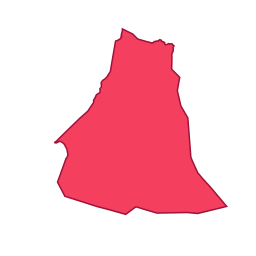 Cagaanxairxan, Uvs, Mongolia, rotated 348°
{"feature_id": "93677404B56626130004498", "entity_name": "Cagaanxairxan", "entity_type": "district", "adm_level": 2, "iso_a3": "MNG", "parent_name": "Mongolia", "parent_adm1": "Uvs", "projection": "robinson", "projection_center": [94.224, 49.176], "detail": "fine", "context": "isolated", "style": "filled", "palette": "rose", "viewbox_px": 256, "rotation_deg": 348, "n_neighbors": 0, "source": "geoboundaries", "source_scale": "gbopen_adm2", "svg_char_len": 3646}
<svg xmlns="http://www.w3.org/2000/svg" viewBox="0 0 256 256"><g transform="rotate(348 128 128)"><path d="M143.1,29.9L142.9,30.5L142.9,30.8L142.8,31.4L142.7,31.6L142.6,31.8L142.5,32.1L142.3,32.4L142.1,33.0L141.7,33.7L141.1,34.9L140.9,35.3L140.8,35.5L140.7,35.8L140.7,36.1L140.9,36.3L141.0,36.5L140.9,36.9L140.7,37.0L140.2,37.1L140.1,37.4L140.1,37.6L140.3,37.7L140.4,37.9L140.3,38.0L140.2,38.3L139.9,38.5L139.6,38.6L139.4,38.8L139.2,38.9L139.0,39.1L138.8,39.3L138.5,39.3L138.2,39.5L137.9,39.4L137.7,39.4L137.5,39.5L137.3,39.6L137.0,40.0L136.6,40.1L136.2,40.1L135.8,40.1L135.3,40.2L134.9,40.2L134.4,40.2L133.9,40.4L125.8,60.6L122.5,69.0L117.8,73.8L117.7,74.0L117.3,74.3L116.8,74.5L116.4,74.6L116.2,74.8L115.7,75.2L115.2,75.4L114.6,75.6L114.1,75.8L113.5,76.0L112.1,77.0L111.1,78.3L110.9,78.9L110.9,79.5L111.0,80.2L110.8,80.7L110.7,81.3L110.5,82.0L110.4,82.4L109.9,82.9L109.4,83.2L108.6,83.9L108.6,84.6L108.6,85.0L108.6,85.5L108.2,86.3L108.1,86.8L108.0,87.2L108.0,87.3L107.8,87.5L107.5,87.7L107.1,87.8L106.4,88.0L105.2,88.4L104.8,88.7L104.3,88.8L103.8,89.2L103.4,89.6L103.2,90.2L102.9,90.5L102.5,90.9L102.3,91.4L101.8,91.8L101.7,92.2L101.5,92.5L101.1,92.7L100.6,93.0L100.3,93.4L100.1,93.6L99.9,94.4L99.9,94.6L99.9,95.0L99.8,95.5L99.1,96.5L92.1,103.2L82.6,108.6L66.9,118.5L60.1,122.8L55.1,126.1L55.3,126.2L55.4,126.3L55.3,126.6L55.2,126.7L55.1,126.8L54.9,126.6L54.6,126.4L54.4,126.4L54.1,126.4L53.7,126.6L53.3,126.9L53.3,127.0L53.5,127.3L53.8,127.4L54.2,127.5L54.5,127.6L54.8,127.7L55.2,127.6L55.7,127.5L56.5,127.3L57.0,127.1L57.5,127.0L58.0,127.0L58.3,126.9L58.6,126.9L59.1,127.1L59.4,127.3L59.9,127.7L60.3,128.1L60.8,128.6L61.3,129.2L61.7,129.8L62.3,130.6L62.6,131.4L62.7,132.0L62.9,132.8L63.1,133.5L63.4,134.3L63.8,136.0L63.8,137.0L63.8,137.7L63.7,138.1L63.8,138.6L63.7,139.2L63.7,139.5L63.8,139.7L63.9,140.1L63.8,140.6L63.7,141.2L63.7,141.4L63.5,141.7L63.4,142.0L63.2,142.4L63.1,142.8L62.9,143.1L62.6,143.6L62.3,144.0L62.0,144.3L61.7,144.5L61.2,144.7L54.6,155.4L47.8,166.3L52.1,181.7L81.8,198.6L93.0,204.2L107.8,212.0L119.3,206.7L138.5,217.2L168.4,223.0L178.4,226.1L208.2,225.2L196.5,203.3L190.5,193.1L186.9,186.3L184.2,174.1L183.4,169.7L187.3,140.5L188.6,130.5L184.3,117.5L184.0,101.7L189.1,89.2L182.9,79.6L184.8,71.8L185.6,68.2L185.8,67.4L185.9,66.7L185.9,66.3L186.0,65.8L186.2,65.1L186.5,64.6L186.7,64.2L186.9,63.7L187.8,62.8L188.0,62.4L188.3,61.6L188.3,61.4L188.5,60.9L188.6,60.5L188.6,60.2L188.8,59.9L188.7,59.7L188.7,59.4L188.8,58.9L188.8,58.7L189.0,58.4L189.3,58.1L189.5,57.8L189.8,57.6L190.0,57.3L190.1,57.2L190.1,56.9L189.7,56.6L189.5,56.4L189.3,56.3L189.1,56.1L189.0,55.9L188.9,55.7L188.9,55.4L188.8,55.1L188.5,54.8L188.3,54.7L187.9,54.7L187.7,54.6L187.4,54.6L187.1,54.6L186.8,54.5L186.2,54.6L185.9,54.5L185.8,54.4L185.8,54.1L185.7,54.0L185.4,53.9L185.1,54.0L185.0,53.9L184.8,53.9L184.2,54.2L183.6,54.4L183.1,54.4L182.8,54.4L182.5,54.3L182.3,54.3L182.0,54.3L181.8,54.2L181.7,54.0L181.4,53.4L181.3,53.2L181.4,52.8L181.3,52.6L181.4,52.2L181.5,52.0L181.6,51.9L181.4,51.7L181.2,51.6L180.7,51.2L179.9,51.0L179.7,50.8L179.3,50.7L179.1,50.4L178.9,50.2L178.9,49.9L179.0,49.7L179.1,49.3L178.9,49.1L178.4,48.9L178.1,48.7L177.9,48.6L177.7,48.3L177.6,48.2L177.4,48.2L177.1,48.3L176.8,48.5L176.4,48.7L176.1,48.9L175.8,49.2L175.5,49.3L175.4,49.3L175.2,49.3L174.9,49.1L174.7,48.9L174.3,48.9L173.8,49.0L173.5,49.0L173.1,48.9L172.7,49.0L172.4,49.0L172.0,49.0L171.6,48.9L171.3,49.1L171.0,49.4L170.8,49.5L170.6,49.5L170.4,49.6L170.2,49.8L170.0,50.0L169.7,49.9L169.2,49.7L169.0,49.8L168.8,49.9L168.5,49.8L168.4,49.6L167.6,49.0L167.0,48.6L166.4,48.4L165.4,48.0L156.0,43.0L152.2,37.1L143.1,29.9Z" fill="#f43f5e" stroke="#9f1239" stroke-width="1.5"/></g></svg>